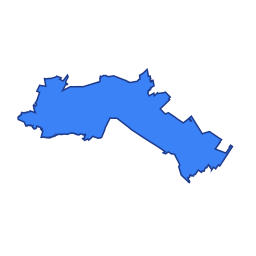 outline of Riva Palacio, Chihuahua, Mexico, rotated 126°
{"feature_id": "50627088B7033951522319", "entity_name": "Riva Palacio", "entity_type": "district", "adm_level": 2, "iso_a3": "MEX", "parent_name": "Mexico", "parent_adm1": "Chihuahua", "projection": "mercator", "projection_center": [-106.489, 28.847], "detail": "fine", "context": "isolated", "style": "filled", "palette": "blue", "viewbox_px": 256, "rotation_deg": 126, "n_neighbors": 0, "source": "geoboundaries", "source_scale": "gbopen_adm2", "svg_char_len": 5602}
<svg xmlns="http://www.w3.org/2000/svg" viewBox="0 0 256 256"><g transform="rotate(126 128 128)"><path d="M137.1,224.6L142.6,219.0L145.4,224.6L148.9,223.9L151.8,223.4L151.1,220.4L158.8,218.1L158.7,217.8L162.4,217.8L162.4,216.0L164.6,215.6L164.4,217.8L165.4,217.8L168.1,214.9L169.3,213.2L170.1,212.0L171.7,217.3L172.2,217.4L172.4,217.2L173.3,217.6L173.5,217.8L173.7,218.3L174.7,219.2L175.0,219.5L175.8,219.6L175.7,220.0L176.1,220.3L176.2,220.5L176.4,220.6L176.5,221.0L176.3,221.0L176.8,221.2L177.2,221.5L177.5,222.2L177.7,222.4L177.7,222.6L177.8,223.0L178.2,222.8L178.4,222.9L178.8,222.9L179.1,222.6L179.4,222.8L179.5,222.8L179.8,222.6L179.9,222.1L180.1,222.1L181.3,222.4L181.6,222.9L182.4,222.8L182.8,223.2L183.0,223.1L183.2,223.3L183.4,223.3L183.6,223.1L184.1,223.0L184.3,223.1L185.6,221.8L184.2,215.5L186.4,211.7L185.7,210.8L185.2,210.7L185.0,210.9L185.0,210.6L184.8,210.4L184.0,209.8L184.1,209.7L183.8,209.2L183.6,209.0L183.5,208.8L183.7,208.7L183.7,208.4L183.4,208.2L183.2,208.5L182.7,208.3L182.8,207.8L182.7,207.5L182.8,207.5L182.7,207.1L182.6,206.7L182.4,206.5L182.6,206.5L183.0,206.6L183.1,206.4L183.0,206.1L183.5,205.8L183.5,205.4L183.7,205.2L183.6,204.5L183.7,203.9L183.6,203.6L183.9,203.7L184.0,203.5L183.9,203.3L183.7,203.4L183.4,202.9L183.2,202.7L182.8,202.5L182.5,202.2L181.9,202.2L181.3,202.4L180.8,202.5L180.5,202.6L180.3,202.9L180.0,202.9L179.9,202.8L179.6,202.3L179.8,201.3L179.6,201.1L179.6,200.8L179.4,200.5L179.0,199.7L179.3,198.8L179.1,198.4L179.1,198.0L179.1,197.5L179.3,197.4L179.7,197.4L179.7,197.6L179.8,197.9L180.1,197.9L180.0,197.5L180.2,197.3L180.2,197.2L180.3,196.8L180.1,196.7L180.5,196.6L180.5,196.3L180.3,196.2L180.5,196.0L180.5,195.7L180.7,195.4L180.6,195.1L186.6,192.8L185.6,191.5L185.1,191.2L184.8,190.7L184.6,190.5L184.6,190.1L184.3,189.9L184.4,189.4L183.7,188.8L183.6,188.0L183.2,187.9L183.1,187.5L182.9,187.3L183.0,186.9L182.6,186.4L182.3,186.5L182.2,186.3L181.9,186.3L181.9,186.0L181.8,185.9L181.8,185.5L181.5,185.5L181.1,185.3L181.2,185.2L180.5,185.1L180.3,184.8L180.5,184.7L180.4,184.6L180.4,184.4L180.1,184.3L179.9,184.4L179.5,184.0L179.1,184.1L179.0,183.6L178.7,183.4L178.7,183.2L178.0,183.0L177.7,183.2L177.6,182.6L177.1,182.1L176.6,182.2L176.4,182.2L176.3,182.4L175.9,182.2L175.8,182.3L175.4,182.4L175.5,181.9L175.5,181.4L175.1,181.4L174.4,180.7L174.2,180.7L173.8,180.5L173.5,180.2L173.3,180.0L173.1,179.7L173.2,179.3L172.6,178.9L172.6,178.2L171.4,177.0L170.2,175.9L168.7,173.2L165.5,171.2L165.4,170.5L164.8,169.9L164.7,169.6L164.3,169.3L164.0,168.6L164.0,168.3L163.8,168.1L163.9,167.8L163.7,167.2L163.8,167.1L163.6,167.0L163.4,166.3L163.5,166.0L163.3,165.7L163.3,165.0L162.8,164.8L162.8,164.6L162.4,164.1L162.4,163.6L162.2,163.6L161.7,163.3L161.2,163.3L160.9,162.8L160.5,162.7L160.1,162.3L160.0,162.0L160.1,161.0L159.9,160.3L159.6,159.9L159.2,159.7L159.2,159.2L158.9,159.1L158.5,159.1L158.6,158.9L158.4,158.5L158.4,158.4L158.6,158.4L158.8,158.2L159.3,158.1L159.7,158.2L159.8,158.4L160.2,158.5L160.9,157.6L161.2,157.4L161.6,157.5L162.0,157.6L162.4,157.9L162.7,157.9L162.8,158.3L163.0,158.4L163.0,158.2L163.2,158.4L163.4,158.2L163.2,157.5L163.4,156.4L163.6,156.0L160.5,154.0L160.9,152.7L158.6,152.1L155.3,151.6L155.1,150.3L153.8,146.1L153.6,145.9L153.5,145.7L152.7,145.4L152.5,144.9L152.1,144.6L152.1,144.3L151.3,143.9L150.4,144.0L143.4,145.7L141.5,146.5L130.4,148.4L129.4,146.5L126.6,142.6L127.0,127.7L127.3,124.7L126.6,108.3L125.5,92.3L125.3,84.3L127.4,85.0L126.8,82.4L123.7,81.4L123.4,79.2L123.5,77.7L122.1,75.7L122.0,74.8L126.5,65.9L127.7,64.3L129.4,64.3L134.8,57.2L136.3,45.8L135.9,46.5L135.3,46.5L135.1,46.6L133.9,49.1L133.5,49.6L133.3,49.7L133.3,50.0L133.1,50.4L132.5,49.6L132.2,49.6L131.6,49.5L131.3,49.3L131.0,49.5L130.8,49.8L130.4,50.0L129.9,50.3L129.2,50.1L129.2,49.6L129.4,48.5L129.1,48.3L128.8,47.9L128.6,47.0L128.3,46.8L127.6,47.1L126.8,46.9L126.3,46.6L126.2,46.6L125.8,46.5L125.8,46.3L120.7,46.4L120.7,42.5L118.9,42.5L118.1,41.0L116.2,41.8L115.7,41.9L114.2,41.8L114.2,41.2L113.8,40.9L112.8,41.3L112.6,41.0L112.0,41.0L111.9,40.9L110.9,41.1L110.5,41.3L110.6,40.2L110.9,39.2L111.2,38.8L111.2,38.6L111.5,38.6L111.9,37.6L111.9,37.1L112.0,36.6L112.0,36.3L112.3,36.0L112.8,35.7L109.5,35.8L109.5,33.1L104.8,33.2L104.8,31.4L81.6,32.6L81.6,34.0L82.0,34.3L82.0,34.5L81.6,34.6L81.6,34.9L83.8,34.9L83.8,34.3L90.8,34.1L93.7,45.1L85.7,45.1L85.7,45.6L82.4,45.5L82.6,47.7L83.0,60.0L89.0,64.6L81.2,83.7L84.1,84.3L85.0,81.0L85.6,81.2L84.8,84.4L91.4,86.3L91.7,93.9L91.6,96.6L91.9,104.2L94.8,106.2L93.6,113.2L80.6,110.9L80.3,112.4L78.6,112.2L78.2,112.0L77.0,118.7L77.1,119.0L78.0,119.5L78.4,119.8L82.3,123.8L82.1,124.8L86.4,125.6L84.6,127.6L89.5,129.7L88.3,132.4L87.5,132.5L86.7,133.0L86.2,133.0L85.9,133.6L84.6,132.6L84.3,133.2L82.8,132.5L82.4,133.4L78.6,131.7L74.7,135.8L75.8,136.9L76.7,136.0L77.5,136.7L76.1,138.0L76.3,138.1L76.0,138.6L75.5,138.8L75.0,138.7L75.0,138.9L74.4,139.0L74.1,139.3L73.7,140.0L73.0,140.5L74.2,141.8L70.1,146.1L69.4,147.0L75.1,148.1L78.6,149.6L80.5,147.8L80.9,147.6L81.4,147.1L82.6,147.8L84.8,148.0L90.0,153.0L90.1,153.8L90.4,154.2L90.6,154.3L90.8,154.6L90.8,154.9L90.5,155.1L90.9,157.7L94.3,170.4L97.6,173.5L98.5,175.1L98.4,176.5L99.7,178.3L99.7,178.5L101.0,179.2L102.6,179.8L102.0,181.2L103.8,179.7L104.2,180.0L104.6,179.9L105.2,179.0L106.9,178.2L108.1,178.5L108.5,178.8L108.3,179.0L120.9,188.5L128.5,198.9L136.2,202.9L129.5,204.0L129.3,203.4L128.7,202.8L128.2,202.7L127.9,203.0L128.0,205.0L127.1,205.7L122.5,206.4L121.9,206.5L121.6,206.8L120.8,208.1L128.1,208.2L128.7,211.9L126.7,211.5L128.0,216.2L128.9,216.2L133.0,219.2L134.0,220.4L133.9,220.5L136.4,223.2L137.1,224.6Z" fill="#3b82f6" stroke="#1e3a8a" stroke-width="1.5"/></g></svg>